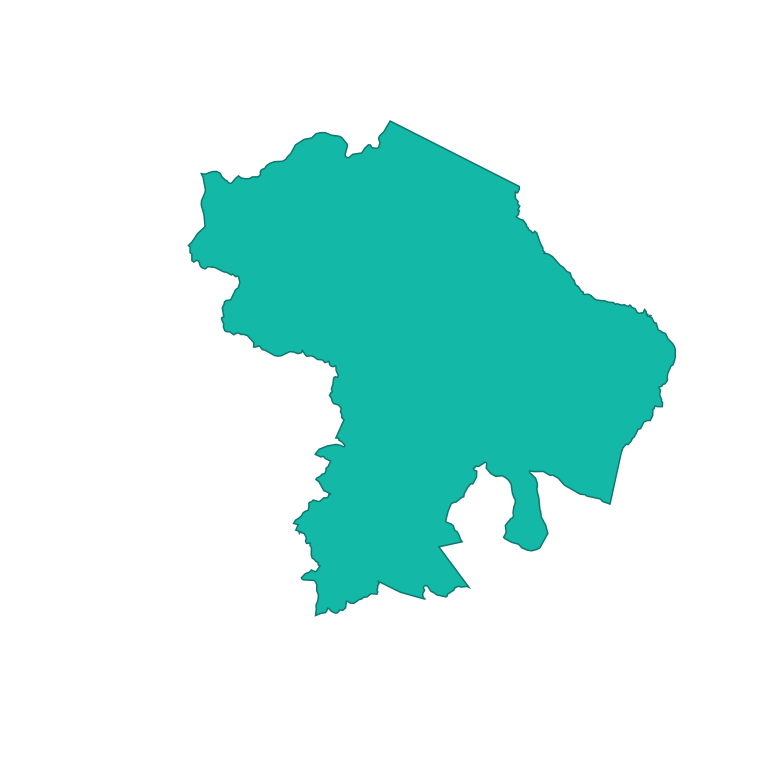 outline of San Carlos, Alajuela, Costa Rica, rotated 297°
{"feature_id": "36466004B93009353653886", "entity_name": "San Carlos", "entity_type": "district", "adm_level": 2, "iso_a3": "CRI", "parent_name": "Costa Rica", "parent_adm1": "Alajuela", "projection": "orthographic", "projection_center": [-84.486, 10.62], "detail": "fine", "context": "isolated", "style": "filled", "palette": "teal", "viewbox_px": 768, "rotation_deg": 297, "n_neighbors": 0, "source": "geoboundaries", "source_scale": "gbopen_adm2", "svg_char_len": 6171}
<svg xmlns="http://www.w3.org/2000/svg" viewBox="0 0 768 768"><g transform="rotate(297 384 384)"><path d="M621.1,270.1L608.6,269.3L603.1,267.5L600.9,267.5L599.7,268.1L597.4,270.8L592.3,271.8L590.5,270.3L589.3,266.8L589.4,265.3L590.8,263.3L590.0,261.5L585.4,259.9L579.7,259.2L574.4,251.8L569.7,250.0L569.0,247.7L569.4,246.1L571.2,245.1L580.1,243.2L581.4,241.5L584.4,234.5L584.4,231.5L581.8,224.1L581.2,217.2L578.8,212.9L575.9,209.7L570.4,207.9L565.7,201.8L556.9,196.6L546.7,196.3L542.5,194.8L539.8,194.6L536.4,192.5L532.4,185.5L528.7,182.1L525.0,180.2L521.8,179.8L520.0,178.0L518.7,177.4L516.3,177.6L515.2,178.8L512.9,178.5L511.2,177.5L508.7,172.6L506.0,170.9L504.1,167.7L502.7,163.3L503.4,159.9L500.3,158.6L493.9,157.0L492.9,156.0L492.7,154.0L493.8,151.9L493.8,149.5L495.0,145.5L497.3,142.5L497.4,138.3L495.1,134.3L489.8,129.5L488.5,125.7L486.0,129.0L476.0,136.7L473.2,137.6L464.5,138.2L460.7,139.8L453.0,146.8L443.0,153.1L433.3,149.6L423.7,148.5L418.5,146.9L418.1,149.0L413.0,151.5L412.7,153.7L406.7,156.8L406.3,159.2L409.1,160.9L409.4,163.2L406.0,166.4L405.0,168.5L405.2,171.7L405.7,172.6L408.5,173.6L411.1,180.5L411.1,189.7L412.1,193.8L411.8,198.3L413.2,199.4L412.3,203.3L413.6,204.3L413.7,205.5L409.0,209.5L403.5,210.5L400.6,208.9L389.4,209.2L386.7,205.4L384.9,204.6L382.1,205.3L378.5,205.3L371.1,210.8L369.4,209.3L367.9,209.9L365.0,213.7L361.8,215.1L359.2,218.0L359.1,219.7L360.5,223.0L359.7,227.7L363.3,230.3L363.2,234.2L364.3,236.0L365.2,240.2L361.6,249.4L357.7,251.0L358.6,252.8L361.2,255.2L361.0,256.8L359.4,259.8L360.1,262.6L359.7,273.8L360.7,276.8L362.6,279.7L369.9,285.2L371.4,288.6L372.0,293.6L374.4,296.2L376.8,296.2L373.9,301.2L373.7,302.7L375.8,305.8L376.5,308.4L375.7,313.7L377.5,318.3L376.2,321.6L379.2,324.8L376.6,326.7L375.9,328.6L376.2,330.6L378.2,332.5L377.9,333.2L374.3,335.2L371.0,339.3L368.9,339.7L368.4,337.5L367.2,336.5L365.9,336.6L360.1,338.8L355.5,339.4L353.6,341.6L352.5,340.7L349.0,340.6L347.7,343.4L344.9,345.9L343.7,348.1L344.7,353.1L343.0,356.8L339.5,357.8L337.5,360.4L334.9,361.6L334.0,364.6L314.0,365.6L315.1,368.1L313.5,369.5L313.3,372.9L311.6,377.0L309.8,376.9L309.3,371.7L308.4,368.7L303.3,361.9L296.5,355.9L291.7,354.8L290.1,354.7L290.3,360.7L292.0,362.9L290.9,365.5L291.1,371.5L284.7,371.6L282.5,370.6L280.6,371.6L277.9,371.9L276.9,371.5L275.6,369.8L272.8,369.0L269.3,366.7L268.0,366.7L267.3,370.5L261.7,378.8L261.9,386.2L260.9,386.0L260.5,385.0L257.8,385.5L256.4,384.4L255.3,382.1L250.4,380.1L249.4,378.5L248.5,373.6L246.3,373.0L244.9,371.5L243.5,371.2L240.2,373.0L236.9,373.7L234.7,371.5L232.7,370.5L229.1,370.3L225.5,368.9L222.4,366.9L218.7,366.8L219.8,371.4L213.7,371.8L214.2,374.8L212.5,376.4L214.5,376.6L214.1,378.6L214.6,380.7L211.6,384.8L208.3,385.4L206.8,387.3L208.7,390.4L206.5,391.4L205.5,393.5L198.5,396.9L196.3,399.1L196.0,401.9L194.9,403.7L195.2,406.0L192.8,407.8L192.9,409.5L186.5,408.8L185.4,407.7L185.4,403.8L182.2,402.8L179.5,400.1L173.8,398.3L173.1,399.1L172.9,401.0L177.2,410.8L176.7,412.8L174.6,415.2L169.4,417.8L166.2,421.4L161.1,423.4L156.1,423.8L152.5,426.0L146.6,428.1L150.8,431.7L153.7,435.5L155.3,436.0L158.8,435.7L158.8,437.2L157.6,440.2L157.6,443.5L158.0,445.2L159.0,446.4L162.8,447.4L163.6,450.1L167.1,451.4L172.8,449.3L173.7,449.5L173.5,453.4L174.8,456.7L180.9,459.9L182.4,461.8L184.6,462.5L186.6,465.6L191.3,467.6L193.6,473.2L196.0,472.8L197.2,471.2L200.0,470.8L201.4,469.9L204.0,470.2L205.6,468.6L205.9,493.2L211.0,518.6L211.6,515.9L214.5,513.7L218.9,513.7L220.0,511.8L221.3,511.3L223.2,512.3L223.8,514.4L220.6,519.9L220.8,523.7L220.2,525.5L220.2,527.4L222.4,535.7L223.1,536.5L225.7,536.1L231.9,539.7L234.8,539.8L237.6,542.2L238.0,544.9L241.2,549.5L241.4,552.0L263.8,506.8L278.9,525.3L280.2,522.9L284.1,518.6L285.6,515.9L285.9,513.3L289.2,510.1L289.8,507.3L289.2,502.4L289.9,501.1L300.2,498.8L307.7,498.3L309.6,499.4L311.6,501.9L317.5,504.4L319.8,506.3L322.6,505.3L329.8,505.5L334.5,506.6L335.3,508.5L343.2,508.7L348.5,506.1L348.2,503.5L349.3,502.0L350.7,503.0L352.2,502.7L353.7,505.9L360.3,509.7L360.4,510.8L359.6,511.7L355.4,513.3L352.7,519.7L352.4,525.4L355.9,531.0L355.8,534.7L354.9,538.6L352.6,542.7L344.9,548.0L341.4,551.8L340.7,553.4L338.0,554.8L333.4,555.5L328.1,557.3L325.2,559.3L323.4,559.3L321.1,558.0L313.1,556.3L307.3,560.2L301.7,560.2L301.1,561.9L300.9,569.8L302.3,576.6L300.6,581.5L301.1,587.3L302.4,591.3L306.0,595.3L308.9,597.3L325.3,597.8L331.7,592.0L336.9,584.5L341.5,581.5L343.0,579.8L352.6,573.8L359.0,568.3L363.2,566.8L366.0,564.8L369.0,561.6L371.2,554.1L371.7,553.3L372.8,553.5L374.2,557.8L378.4,565.6L378.0,573.3L379.5,575.7L379.2,582.0L375.8,590.6L374.9,608.8L376.7,613.5L376.3,615.6L379.8,629.1L378.6,632.0L379.6,639.9L430.0,626.7L435.5,625.9L440.3,627.1L440.7,628.9L445.6,630.2L448.7,630.0L449.8,630.9L454.7,631.1L458.9,630.9L460.8,632.9L468.2,632.8L471.0,635.2L472.3,637.8L477.9,637.7L483.1,635.3L485.0,635.8L487.6,635.4L488.0,638.1L490.2,642.3L493.8,640.7L494.8,639.0L496.3,638.3L499.3,634.6L504.2,633.1L505.1,630.8L505.8,630.3L508.2,632.6L510.0,632.6L511.6,634.1L514.7,634.9L516.7,634.6L518.4,633.2L522.5,632.0L530.6,631.6L532.1,632.7L533.6,632.7L539.9,631.5L547.1,627.8L549.5,625.4L551.1,622.7L553.2,616.5L556.3,612.5L556.8,610.8L556.1,608.8L556.7,607.8L556.8,603.7L561.9,598.8L561.2,597.1L564.4,592.9L564.7,590.8L566.1,590.8L565.9,589.9L564.5,589.2L564.2,587.5L565.7,587.5L565.6,585.8L567.5,584.8L568.7,582.4L565.2,582.4L562.6,579.0L562.9,576.8L565.0,573.7L564.9,569.2L565.8,568.5L565.9,567.2L564.2,566.4L563.5,564.6L563.8,562.2L562.2,560.1L561.3,555.2L560.1,554.2L560.7,551.3L558.6,546.3L558.4,543.4L555.4,535.6L555.4,532.4L556.7,528.8L556.7,525.0L554.9,522.4L554.7,521.0L556.2,519.9L556.4,517.5L558.9,513.1L559.5,509.4L562.6,506.4L564.0,502.7L567.4,499.6L567.4,495.3L569.4,490.7L569.7,487.1L574.0,476.4L574.4,471.2L573.1,467.4L574.3,467.5L575.3,464.8L577.2,463.9L580.6,459.2L587.9,451.6L588.6,449.0L586.3,448.4L586.0,447.3L586.9,446.2L587.3,442.7L588.4,441.6L589.1,439.6L590.8,438.3L593.2,433.4L592.6,430.5L592.9,425.9L596.1,426.8L600.1,425.7L599.8,424.5L600.4,424.1L604.2,424.2L605.0,421.1L607.4,420.8L609.0,417.0L613.4,414.2L615.0,413.9L614.5,415.6L615.4,416.2L618.8,416.2L621.4,415.0L621.1,270.1Z" fill="#14b8a6" stroke="#0f766e" stroke-width="1.5"/></g></svg>